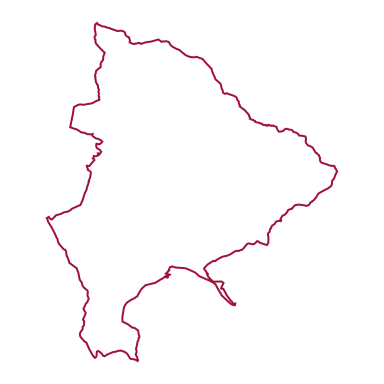 outline of Campulung Moldovenesc, Suceava, Romania
{"feature_id": "2599482B38136617822429", "entity_name": "Campulung Moldovenesc", "entity_type": "district", "adm_level": 2, "iso_a3": "ROU", "parent_name": "Romania", "parent_adm1": "Suceava", "projection": "robinson", "projection_center": [25.58, 47.494], "detail": "fine", "context": "isolated", "style": "outline", "palette": "rose", "viewbox_px": 384, "rotation_deg": 0, "n_neighbors": 0, "source": "geoboundaries", "source_scale": "gbopen_adm2", "svg_char_len": 5845}
<svg xmlns="http://www.w3.org/2000/svg" viewBox="0 0 384 384"><path d="M104.3,356.3L107.8,354.3L113.3,352.0L115.3,351.8L118.3,350.8L120.4,350.6L121.7,350.8L124.6,351.9L126.5,353.1L127.8,354.6L129.7,357.9L130.7,358.9L135.0,359.5L137.6,361.0L138.1,360.3L137.6,359.2L137.3,357.8L135.7,354.3L136.5,352.5L136.6,351.0L135.9,348.7L136.6,347.2L136.7,346.0L137.6,341.6L138.6,339.7L138.6,338.0L139.4,337.2L139.4,336.0L138.7,334.3L138.1,330.5L134.5,327.9L132.3,327.6L128.1,324.4L122.5,321.6L122.3,317.7L123.9,307.8L125.3,304.7L127.4,302.2L131.4,299.7L134.5,298.2L137.5,296.0L138.0,294.8L140.0,291.3L141.7,288.7L145.4,285.3L151.5,283.7L155.2,282.9L161.8,278.8L162.5,278.6L166.0,275.8L166.4,277.4L167.1,277.6L167.8,277.4L168.0,275.8L169.7,274.7L166.0,273.5L168.5,271.1L168.3,271.1L169.8,267.5L171.0,267.0L170.8,266.9L171.1,266.7L172.2,266.4L175.4,267.5L185.3,268.2L187.9,269.2L194.8,272.3L197.6,274.6L199.0,276.1L209.9,280.8L213.4,282.7L215.7,284.6L217.4,287.9L221.8,295.5L230.7,303.9L233.6,305.2L234.3,305.3L235.1,304.9L235.3,303.6L233.5,303.8L231.6,301.4L231.3,301.3L226.7,295.2L223.3,288.8L221.5,288.8L221.1,288.1L223.5,283.0L221.5,281.5L213.2,281.7L209.8,278.6L209.4,277.8L208.7,277.6L207.5,275.2L207.8,274.3L207.0,274.2L206.8,273.8L207.2,273.2L204.0,268.7L204.3,268.0L207.5,264.6L213.1,260.9L214.7,261.2L215.5,261.0L216.0,260.2L221.9,256.9L227.4,255.6L230.4,254.3L234.8,251.4L237.8,250.6L238.8,251.0L240.5,250.1L242.2,249.7L243.9,248.0L246.2,244.9L247.7,243.7L248.8,243.4L252.6,244.3L253.4,244.2L254.9,243.5L257.2,241.1L259.1,241.9L259.9,242.8L266.9,245.1L268.4,242.6L268.4,237.0L267.9,234.3L268.0,233.5L269.6,231.8L270.0,229.6L270.3,228.8L271.2,228.1L271.5,226.5L271.9,225.9L274.9,223.7L276.0,221.6L278.4,220.9L280.6,221.2L281.0,220.9L281.2,220.3L280.4,219.2L282.3,215.9L285.2,214.4L287.2,212.0L287.9,210.3L290.0,209.1L291.6,209.1L292.0,208.2L292.8,207.8L293.9,206.2L295.3,205.1L299.4,204.5L301.1,205.0L303.9,205.2L306.0,205.9L307.8,205.5L309.4,204.4L310.5,202.4L313.1,200.8L315.9,197.7L318.3,193.6L324.3,190.2L328.2,188.3L331.3,185.8L332.0,183.8L332.0,182.0L332.3,180.5L333.5,179.4L334.4,177.7L335.3,175.0L337.1,171.4L335.5,168.4L334.8,167.5L334.6,166.3L333.7,165.8L331.0,165.8L328.6,165.1L326.5,164.2L322.0,162.9L320.7,162.0L320.4,161.5L319.8,159.0L320.1,157.5L319.2,156.5L318.9,155.1L318.1,154.7L316.5,153.0L315.6,152.6L312.6,147.5L309.6,145.9L307.8,145.3L305.8,142.6L305.7,140.5L306.0,139.6L305.8,138.5L305.9,137.6L305.8,137.2L305.1,136.4L301.0,135.6L299.2,135.6L298.2,134.1L296.6,132.8L293.3,131.8L292.9,131.0L291.7,129.9L288.6,129.5L287.7,128.9L285.4,128.8L283.1,130.9L280.7,131.6L278.9,131.7L277.5,129.8L276.7,128.0L276.5,126.9L273.8,126.0L273.1,125.5L271.8,125.9L271.0,125.5L270.1,125.6L268.5,124.7L268.0,124.9L267.9,125.5L266.6,125.8L265.7,125.0L263.6,125.1L262.5,124.5L262.4,124.1L261.7,123.5L260.2,123.5L259.7,123.0L255.7,122.1L255.2,121.8L254.9,120.9L254.1,120.7L253.1,119.9L252.2,119.8L249.8,118.8L249.8,118.0L250.0,117.5L249.2,116.3L249.0,115.8L249.1,115.1L244.9,110.3L239.6,106.3L239.9,105.3L239.6,104.7L239.0,104.1L238.7,101.4L237.3,99.9L236.8,97.9L236.0,97.0L233.9,95.8L228.5,94.0L227.2,93.3L226.5,93.3L225.8,93.8L225.2,93.8L224.0,93.4L223.2,92.8L222.9,92.2L222.7,90.3L222.2,89.8L221.4,87.7L221.1,85.2L220.4,83.6L215.5,79.3L214.2,75.8L213.4,74.6L211.9,70.5L211.5,68.8L206.9,64.0L202.5,58.9L198.6,57.6L196.9,56.8L194.2,57.3L191.9,57.2L190.1,56.9L187.3,56.0L184.3,54.2L184.0,53.7L182.5,52.7L179.2,49.8L177.1,49.2L172.3,46.6L170.9,45.4L169.5,43.4L169.0,42.1L166.8,41.3L162.4,41.5L161.7,41.9L158.4,39.5L151.5,41.5L145.8,42.3L141.0,43.9L139.4,42.9L138.6,42.8L137.6,43.4L136.0,43.4L134.6,44.0L132.0,43.6L131.1,42.9L129.7,42.5L129.9,40.2L128.9,37.2L128.3,37.1L126.5,36.1L125.3,34.5L124.9,32.4L123.0,31.1L121.4,30.7L117.3,31.0L109.7,28.3L109.4,27.9L107.8,27.8L104.5,26.6L102.2,26.4L99.9,25.2L98.4,24.8L97.9,24.1L96.9,23.0L95.8,23.9L95.2,24.7L95.4,24.8L94.7,28.2L95.8,35.1L94.5,36.8L94.9,39.1L95.6,40.0L95.3,41.6L96.0,43.4L96.4,44.1L101.0,49.2L104.7,52.7L103.2,56.9L103.1,59.9L101.5,62.0L100.7,63.5L100.6,67.3L99.3,68.1L96.2,70.7L95.5,74.1L95.0,75.4L95.1,76.4L95.6,77.1L95.3,79.0L95.7,80.0L95.7,81.3L97.2,84.7L97.7,85.0L97.9,85.4L98.1,87.9L99.0,90.0L98.4,91.5L98.9,92.9L98.6,96.0L99.3,97.0L99.0,98.0L99.4,99.4L99.2,99.5L99.2,100.0L96.7,100.8L92.1,103.3L83.3,104.8L80.1,104.4L77.8,105.0L74.0,107.1L73.5,109.6L72.8,114.4L70.2,127.2L74.2,128.7L76.2,129.2L78.3,130.3L81.1,132.3L85.0,132.9L87.1,134.1L91.1,134.4L92.6,134.0L92.3,135.5L92.8,136.2L95.9,138.4L98.0,138.8L101.0,140.3L102.3,141.6L101.6,142.6L99.9,144.0L98.8,144.4L97.4,143.8L96.5,143.8L96.1,145.8L96.8,148.0L99.9,149.9L101.2,151.8L99.4,154.5L98.9,154.3L98.3,153.3L97.8,153.3L98.1,155.3L95.8,156.4L93.8,156.0L93.6,157.1L92.9,158.5L93.9,159.0L94.5,160.0L92.0,162.7L89.6,165.9L86.8,165.8L87.3,167.7L87.8,168.5L87.8,169.6L88.0,170.0L89.5,170.7L90.6,171.9L90.9,172.5L90.9,173.2L90.0,177.8L88.6,181.2L89.0,181.5L86.9,187.7L86.6,189.6L84.7,193.4L82.9,199.4L80.5,204.9L71.8,208.8L70.4,210.2L67.5,211.7L64.2,212.2L60.9,213.9L56.3,215.2L55.3,215.9L54.9,216.7L53.7,217.6L52.7,218.8L51.9,219.5L51.5,219.5L50.1,218.7L48.9,216.9L46.9,218.0L47.2,218.2L47.6,220.3L48.5,222.4L51.4,227.0L55.3,234.5L56.2,236.9L57.6,239.4L57.9,241.5L59.1,244.0L63.6,249.2L65.3,249.9L66.0,251.2L66.2,252.1L66.3,254.0L66.6,255.1L66.6,255.7L67.4,257.1L68.4,259.5L69.4,262.9L76.8,268.3L77.3,270.2L78.2,272.2L79.6,279.3L80.7,281.2L81.6,282.2L82.5,285.6L83.8,287.5L87.3,290.4L87.8,291.5L87.5,295.8L88.3,297.4L88.7,298.8L87.2,302.3L85.7,303.8L84.7,306.4L83.5,308.6L83.9,309.9L85.6,312.6L85.6,313.7L83.1,319.2L83.2,320.1L84.2,321.2L84.0,325.3L82.6,327.0L82.6,329.3L80.8,331.6L79.9,333.7L80.0,335.6L80.7,337.1L84.7,341.7L86.2,342.3L89.6,349.8L92.5,354.9L93.9,356.8L94.9,357.9L95.8,357.4L96.5,356.3L96.8,351.8L97.4,351.2L98.0,351.0L99.4,351.6L101.8,353.7L103.1,355.7L104.3,356.3Z" fill="none" stroke="#9f1239" stroke-width="2"/></svg>